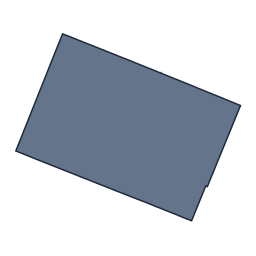 Beaver, Oklahoma, United States of America, rotated 202°
{"feature_id": "52423323B54206730940034", "entity_name": "Beaver", "entity_type": "district", "adm_level": 2, "iso_a3": "USA", "parent_name": "United States of America", "parent_adm1": "Oklahoma", "projection": "albers", "projection_center": [-100.56, 36.751], "detail": "fine", "context": "isolated", "style": "filled", "palette": "slate", "viewbox_px": 256, "rotation_deg": 202, "n_neighbors": 0, "source": "geoboundaries", "source_scale": "gbopen_adm2", "svg_char_len": 863}
<svg xmlns="http://www.w3.org/2000/svg" viewBox="0 0 256 256"><g transform="rotate(202 128 128)"><path d="M223.4,64.7L222.8,64.7L206.0,64.7L200.7,64.7L186.3,64.8L185.4,64.9L185.1,64.8L183.5,64.8L113.3,65.3L113.1,65.3L105.4,65.4L97.6,65.5L96.9,65.5L88.5,65.6L76.6,65.7L72.2,65.6L70.4,65.7L62.3,65.7L60.6,65.7L52.3,65.8L45.1,65.7L42.6,65.7L34.3,65.8L34.2,103.4L32.5,103.4L32.1,191.0L35.7,191.0L39.3,191.0L46.2,191.0L51.1,191.1L52.9,191.1L58.3,191.1L61.9,191.1L62.6,191.1L70.9,191.1L78.5,191.1L81.6,191.2L91.9,191.2L93.8,191.2L105.1,191.2L106.9,191.2L108.0,191.2L114.4,191.2L117.5,191.2L117.6,191.3L117.6,191.2L119.3,191.2L135.6,191.2L137.1,191.2L139.6,191.2L141.2,191.2L148.3,191.2L153.7,191.2L157.2,191.2L159.3,191.1L161.9,191.1L162.0,191.1L188.1,191.0L206.5,190.9L223.9,190.8L223.9,167.3L223.4,64.7Z" fill="#64748b" stroke="#1e293b" stroke-width="1.5"/></g></svg>